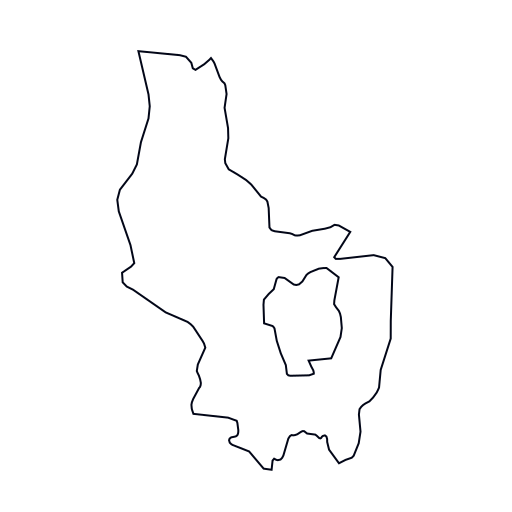 the Province of Kândal, rotated 175°
{"feature_id": "KHM-1786", "entity_name": "Kândal", "entity_type": "Province", "adm_level": 1, "iso_a3": "KHM", "parent_name": "Cambodia", "parent_adm1": "", "projection": "albers", "projection_center": [104.96, 11.392], "detail": "fine", "context": "isolated", "style": "outline", "palette": "ink", "viewbox_px": 512, "rotation_deg": 175, "n_neighbors": 0, "source": "natural_earth", "source_scale": "10m", "svg_char_len": 2605}
<svg xmlns="http://www.w3.org/2000/svg" viewBox="0 0 512 512"><g transform="rotate(175 256 256)"><path d="M355.3,470.3L314.4,462.7L308.4,460.6L303.6,454.1L302.6,448.5L300.1,446.7L290.8,451.6L285.4,455.5L283.6,457.1L281.7,454.0L281.1,452.8L280.5,451.3L276.7,437.5L275.5,434.6L274.3,432.8L273.3,431.8L272.3,430.7L271.7,428.7L271.2,419.9L274.4,406.4L272.7,385.9L273.3,375.7L278.6,355.1L278.5,351.2L275.6,344.7L267.4,338.9L259.2,332.5L254.5,327.6L245.8,314.7L243.3,313.2L241.2,311.5L240.5,310.4L239.9,309.1L239.2,302.7L240.1,283.2L238.6,280.8L237.7,280.1L235.1,279.0L220.3,275.7L217.9,274.7L216.7,273.9L215.3,273.1L213.2,272.8L210.5,272.8L197.8,276.2L184.9,277.2L179.3,278.2L175.7,279.9L175.0,280.2L170.9,279.2L160.0,271.8L178.2,248.0L176.8,246.2L172.2,245.8L138.7,246.6L127.4,242.6L120.9,233.2L127.4,179.6L129.0,162.0L141.7,131.7L144.9,114.2L146.1,112.0L147.7,109.4L151.7,104.8L155.7,101.3L159.8,99.6L162.3,98.2L164.3,96.6L166.2,94.4L167.3,89.1L167.2,71.9L170.0,60.5L176.1,48.5L178.2,46.7L184.5,45.1L191.4,42.3L200.1,56.7L201.3,64.5L201.1,67.5L201.6,70.0L203.0,71.3L205.1,70.9L206.1,70.2L206.9,69.1L207.7,68.7L208.9,69.1L211.1,71.6L212.5,72.9L220.6,74.7L223.3,77.3L225.0,77.5L226.9,76.7L230.4,74.8L232.7,74.2L234.6,74.1L236.2,74.5L237.9,73.6L239.7,71.3L246.1,54.9L247.5,52.7L249.3,51.1L252.1,50.7L253.6,51.2L255.6,52.5L257.3,50.8L259.1,41.7L266.9,43.5L279.9,61.9L295.6,69.7L296.9,70.6L298.4,72.3L298.9,74.8L298.2,76.4L296.5,77.5L292.8,77.9L291.5,78.2L290.2,79.1L289.4,80.6L289.0,82.2L288.8,84.0L289.1,91.3L289.6,93.5L297.9,97.4L332.1,104.2L333.1,108.3L333.3,109.7L333.3,113.4L332.6,115.9L331.0,119.1L324.1,129.6L323.5,130.1L323.1,130.6L322.4,132.2L322.0,134.3L322.4,138.0L323.3,141.8L324.5,144.9L325.0,146.6L323.4,153.0L314.5,169.1L315.4,173.3L316.6,176.0L324.7,191.0L327.0,193.7L329.9,196.3L350.9,207.7L381.5,233.2L387.4,236.8L391.1,241.4L390.9,251.0L381.4,256.3L377.9,259.5L380.1,277.8L388.8,312.4L389.3,324.1L385.8,333.9L372.1,348.8L366.7,357.6L360.7,379.4L351.1,402.4L348.8,414.4L349.0,426.3L355.3,470.3ZM235.3,233.0L236.4,232.4L237.5,231.3L241.2,221.4L246.6,217.1L251.9,211.9L252.8,206.8L253.8,188.2L245.6,184.8L244.8,183.9L243.9,182.3L242.7,169.7L239.8,156.9L235.8,144.7L235.5,135.9L234.2,134.3L232.2,133.7L213.5,132.5L208.7,133.7L208.6,135.0L208.9,137.1L210.6,141.1L212.7,147.2L190.0,147.5L178.9,167.9L176.8,176.7L176.8,187.7L177.3,191.2L178.2,194.0L180.8,198.1L182.4,201.2L181.8,205.0L175.5,227.6L186.8,237.9L190.0,238.1L194.5,237.9L203.0,235.3L205.5,234.1L207.4,232.7L212.0,226.6L215.6,224.0L218.4,223.6L220.9,224.3L229.4,231.6L235.3,233.0Z" fill="none" stroke="#020617" stroke-width="2"/></g></svg>